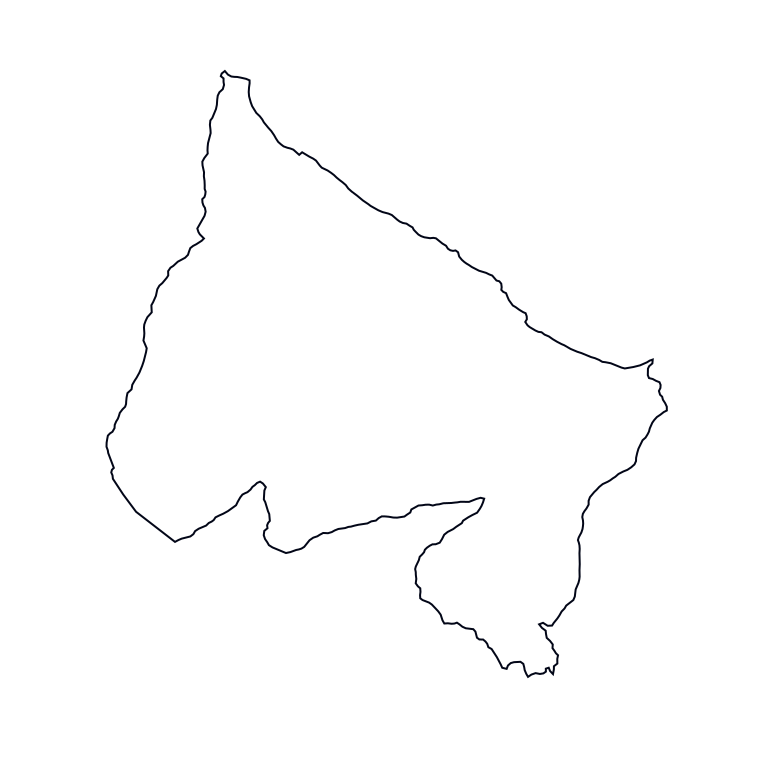 outline of Porto Seguro, Bahia, Brazil, rotated 293°
{"feature_id": "56859067B83893589630765", "entity_name": "Porto Seguro", "entity_type": "district", "adm_level": 2, "iso_a3": "BRA", "parent_name": "Brazil", "parent_adm1": "Bahia", "projection": "orthographic", "projection_center": [-39.285, -16.636], "detail": "fine", "context": "isolated", "style": "outline", "palette": "ink", "viewbox_px": 768, "rotation_deg": 293, "n_neighbors": 0, "source": "geoboundaries", "source_scale": "gbopen_adm2", "svg_char_len": 6166}
<svg xmlns="http://www.w3.org/2000/svg" viewBox="0 0 768 768"><g transform="rotate(293 384 384)"><path d="M157.0,253.3L160.1,255.8L162.6,258.2L168.0,265.3L171.3,267.2L174.8,267.6L178.4,270.0L184.2,275.6L187.6,277.0L190.0,279.1L192.2,280.4L195.4,281.0L198.8,283.9L201.8,286.7L206.0,290.0L214.6,295.2L218.6,295.4L223.5,296.0L226.9,296.9L229.1,298.7L231.1,300.6L234.7,302.4L237.9,303.1L240.4,304.6L243.3,305.8L245.7,308.1L245.1,311.4L242.9,315.5L239.2,315.5L230.8,318.5L228.8,320.9L221.6,326.9L219.4,329.2L213.4,332.4L210.9,331.6L208.3,331.6L205.7,333.1L202.0,331.2L197.8,332.4L194.8,335.1L192.7,338.4L190.7,341.0L190.0,345.2L190.1,359.8L192.7,363.5L196.9,368.0L198.4,370.2L200.2,372.3L202.9,374.2L211.1,376.5L214.9,378.9L217.8,382.2L220.0,383.7L223.1,386.2L224.8,390.8L227.3,393.8L229.9,395.8L232.7,398.6L236.2,404.5L238.5,407.0L239.8,409.3L242.1,412.2L244.4,415.4L249.2,423.2L252.6,426.0L255.1,429.9L258.5,431.5L261.3,433.7L262.7,437.2L263.7,440.4L264.7,444.7L266.1,448.3L270.0,454.6L272.7,456.2L276.0,458.4L279.2,458.2L285.6,463.2L287.3,466.5L289.2,469.6L290.6,472.8L291.2,476.4L293.4,479.2L294.9,481.9L297.4,485.2L300.8,492.5L302.4,495.3L303.8,497.9L305.5,500.5L308.7,508.3L314.4,514.1L317.0,517.4L317.6,521.0L313.7,521.4L309.8,521.4L306.6,521.0L301.9,520.0L298.0,516.6L294.3,513.7L289.1,510.2L286.3,510.0L280.8,506.3L277.5,504.4L272.7,500.4L268.8,498.3L263.9,498.0L259.7,497.3L256.7,494.2L255.3,491.2L253.0,489.3L250.1,487.5L247.4,486.4L244.8,486.6L242.0,485.7L238.9,484.4L235.5,484.9L228.4,484.6L225.8,485.0L223.3,486.7L220.7,487.9L217.2,489.9L212.9,491.1L211.0,494.3L210.1,497.2L206.9,498.8L203.7,499.7L200.9,501.1L200.2,503.9L200.4,510.9L199.7,514.2L197.7,518.8L195.9,522.8L193.8,526.3L189.3,530.2L187.1,533.1L188.7,536.3L189.7,539.9L191.0,542.4L192.8,544.4L192.2,547.5L191.2,551.0L191.1,554.7L193.2,562.0L191.8,564.9L186.8,568.7L186.1,571.6L187.5,575.1L186.6,578.0L185.2,580.5L182.5,582.9L182.1,586.6L176.7,594.6L171.5,601.0L169.0,603.7L169.7,608.2L173.3,608.1L176.6,609.7L178.7,612.3L181.6,618.2L180.8,621.6L178.1,623.7L175.6,625.3L172.8,628.2L170.7,631.0L174.1,633.2L177.1,636.5L178.0,640.8L179.9,643.8L182.5,645.4L185.2,644.2L187.2,646.5L184.7,649.0L183.0,652.9L187.6,651.9L190.6,650.7L194.4,652.8L198.7,650.9L202.3,650.2L203.3,647.5L205.0,645.1L206.7,642.3L210.2,641.1L212.4,637.2L213.9,633.0L217.2,630.8L220.1,629.2L221.2,624.7L223.4,620.7L226.3,623.7L225.4,629.1L227.3,633.1L230.4,633.6L235.9,635.2L239.5,635.9L244.0,636.4L247.9,637.9L251.2,638.3L259.1,642.7L262.9,642.7L269.8,640.7L276.9,640.7L280.2,640.2L283.0,639.4L289.0,636.7L294.6,634.6L304.7,630.0L308.6,628.6L311.8,627.0L314.0,625.4L316.1,623.5L318.8,623.2L321.4,623.4L324.4,623.7L328.1,623.4L330.8,622.7L333.3,621.9L336.1,620.5L339.0,618.5L342.2,617.8L345.3,618.2L348.5,619.0L352.9,619.5L356.4,618.0L360.3,617.8L366.6,619.7L369.6,621.0L373.3,622.3L377.3,624.4L381.4,628.1L383.8,629.9L386.4,631.4L389.0,633.2L392.8,635.0L397.0,638.5L400.1,641.6L403.9,644.1L407.9,646.0L411.5,646.1L414.6,644.9L419.6,644.0L423.9,643.5L433.3,644.0L436.8,645.7L440.6,646.3L443.7,646.5L447.0,646.0L453.2,646.1L456.4,646.8L460.2,648.1L463.7,650.4L467.5,652.5L470.1,654.7L473.6,653.2L476.2,650.3L478.5,646.9L481.0,645.0L482.0,642.3L485.0,639.8L488.3,640.0L491.2,639.0L493.3,636.9L493.2,633.2L493.6,629.4L493.0,625.6L495.2,623.4L501.2,621.0L504.0,621.1L507.8,623.0L511.5,621.8L509.3,619.4L506.7,617.6L501.2,612.4L497.0,606.8L492.4,599.6L491.9,596.2L491.7,584.6L490.6,579.4L489.7,576.3L490.2,572.7L490.2,568.1L489.7,564.1L489.6,553.7L489.2,549.2L489.2,546.0L489.2,542.0L490.1,534.8L490.1,531.9L490.5,526.8L491.2,521.8L492.2,517.2L492.2,512.5L493.2,508.8L492.3,505.7L492.4,502.4L493.3,495.9L494.1,493.2L496.3,489.8L499.4,490.2L502.1,488.9L504.5,486.7L504.5,484.0L505.2,479.4L506.2,475.1L506.6,471.9L510.1,466.1L512.3,463.8L515.3,460.9L515.4,457.7L516.5,455.2L519.1,454.5L522.2,452.7L523.6,450.0L523.2,447.1L526.1,441.3L526.0,438.0L526.2,434.6L525.4,427.2L526.0,419.2L526.7,415.7L527.1,412.8L527.7,410.2L528.7,407.2L530.7,403.4L534.2,400.7L534.9,397.7L533.5,395.5L533.0,392.8L533.5,390.0L535.5,387.1L536.1,382.9L538.4,374.9L537.8,372.3L536.2,369.4L534.8,363.8L534.6,360.4L535.0,357.3L536.5,353.6L537.6,351.1L539.3,349.1L539.7,345.7L540.4,342.1L539.6,338.4L539.7,334.9L540.4,332.0L542.6,325.2L542.6,321.6L541.7,315.5L541.7,310.9L542.7,302.0L543.4,299.4L544.7,292.9L546.9,285.6L548.5,279.1L550.0,274.7L552.2,271.1L553.5,267.0L554.4,263.4L555.5,259.7L556.8,256.3L557.7,252.8L558.5,248.7L558.8,242.2L560.0,239.5L563.1,234.1L563.8,230.7L564.1,226.5L565.3,218.1L561.8,216.4L564.3,209.0L564.2,205.7L563.7,202.7L563.5,198.7L564.3,195.6L565.5,192.0L567.7,188.7L570.1,185.6L572.8,181.4L574.7,177.3L577.9,171.2L580.0,168.5L581.9,165.1L583.6,160.6L588.2,154.1L591.3,151.2L596.1,147.4L599.9,145.4L604.2,143.9L608.3,142.8L611.0,141.6L611.0,137.8L610.0,132.3L609.3,129.0L608.2,126.1L607.4,123.3L607.8,119.5L609.9,115.2L606.4,113.3L603.6,113.5L602.6,116.9L599.3,118.3L596.8,119.9L592.4,120.4L588.3,118.5L584.5,118.3L580.8,119.3L575.6,121.1L571.5,121.9L561.9,122.0L558.7,121.2L554.5,122.5L550.1,125.0L547.2,126.4L537.0,127.9L533.4,129.0L530.2,130.2L527.2,131.7L521.8,130.3L517.7,129.9L514.4,131.5L508.6,135.6L504.9,137.0L500.9,139.4L496.9,141.3L493.5,142.7L491.4,144.6L488.7,145.4L486.0,145.7L483.1,144.5L480.1,146.0L477.8,148.0L476.1,150.4L472.9,152.5L468.7,153.1L454.2,151.4L451.4,153.8L449.8,156.0L447.6,161.4L444.6,160.2L439.3,156.6L436.5,154.3L433.4,152.6L429.4,152.8L426.3,153.1L422.5,151.6L416.0,146.4L410.4,143.9L407.6,142.0L403.5,141.2L399.6,143.0L396.8,142.5L390.2,140.5L386.8,138.8L382.7,138.3L376.0,139.6L369.2,139.5L365.6,139.1L359.2,142.2L353.1,140.1L349.2,139.9L345.1,140.1L342.2,141.0L337.0,143.6L334.1,144.6L330.0,145.6L324.2,151.6L320.4,152.5L311.3,153.9L306.2,154.3L299.0,154.4L293.1,153.8L289.9,153.2L284.9,152.6L280.4,153.7L275.4,151.4L271.1,152.3L267.5,153.4L264.7,154.4L261.9,154.6L258.5,153.2L254.2,152.1L250.6,152.5L248.0,152.6L244.8,152.1L241.2,152.1L238.1,153.2L233.9,152.7L231.5,151.1L228.6,150.0L225.3,150.7L221.6,151.6L217.8,153.1L215.0,155.7L212.7,157.1L201.2,168.1L198.7,167.1L196.0,167.5L193.8,169.8L190.8,171.5L180.4,187.1L169.5,205.7L157.0,253.3Z" fill="none" stroke="#020617" stroke-width="2"/></g></svg>